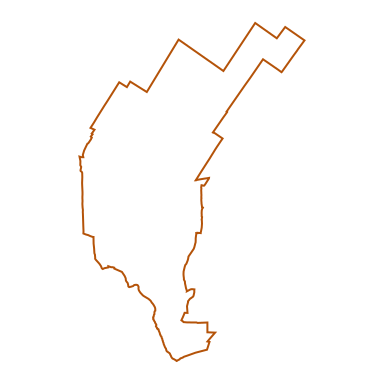 Vacareni, Tulcea, Romania
{"feature_id": "2599482B63018442913889", "entity_name": "Vacareni", "entity_type": "district", "adm_level": 2, "iso_a3": "ROU", "parent_name": "Romania", "parent_adm1": "Tulcea", "projection": "mercator", "projection_center": [28.218, 45.314], "detail": "fine", "context": "isolated", "style": "outline", "palette": "amber", "viewbox_px": 384, "rotation_deg": 0, "n_neighbors": 0, "source": "geoboundaries", "source_scale": "gbopen_adm2", "svg_char_len": 5879}
<svg xmlns="http://www.w3.org/2000/svg" viewBox="0 0 384 384"><path d="M178.6,39.6L146.8,92.0L130.2,81.6L126.9,87.1L119.2,82.3L113.1,92.0L107.3,101.2L104.3,105.8L97.1,117.3L93.8,122.8L90.5,127.9L94.5,129.7L92.4,132.7L91.7,133.6L92.6,134.3L90.8,136.6L91.8,137.7L91.2,138.6L91.0,139.2L90.9,139.5L90.1,140.5L89.9,140.9L89.3,141.8L88.7,142.6L88.4,143.1L88.2,143.3L87.9,143.5L87.4,143.7L85.6,147.4L84.1,150.6L82.8,155.0L83.3,157.2L83.1,157.2L81.6,157.2L79.5,156.6L80.4,161.0L80.3,165.2L81.2,166.9L80.9,168.5L80.5,170.3L80.7,171.1L81.7,171.8L82.2,172.9L82.3,177.2L82.1,183.0L82.2,185.8L82.5,192.1L82.5,194.6L82.4,196.7L82.4,198.4L82.5,200.2L82.5,201.8L82.4,203.0L82.4,204.4L82.6,207.7L82.9,209.9L82.8,212.1L82.9,213.6L83.1,219.5L83.3,226.1L83.5,231.1L83.4,233.5L85.9,234.5L88.2,235.1L90.3,236.1L92.9,237.0L93.5,237.0L93.6,243.6L94.1,248.3L94.4,253.2L95.0,254.9L95.0,255.5L95.2,257.7L95.1,258.2L95.2,258.7L95.3,259.1L96.2,260.2L98.2,262.4L99.5,263.9L100.9,266.0L101.1,266.4L101.4,267.2L101.7,268.0L101.9,268.4L102.8,269.0L104.4,268.2L108.3,267.4L108.3,266.2L111.1,267.2L112.7,267.2L114.3,267.7L114.3,268.6L119.8,271.0L121.9,271.9L124.6,275.9L125.1,277.0L125.6,278.1L125.7,278.4L125.8,279.7L125.9,280.4L126.1,280.9L126.3,281.3L126.7,281.8L127.0,282.2L127.3,282.5L127.7,283.1L127.8,283.4L127.9,283.9L128.2,285.1L128.3,286.2L128.4,286.5L128.6,286.7L128.8,286.9L129.2,287.1L129.4,287.1L129.8,287.0L131.4,286.6L132.0,286.4L132.7,286.2L133.0,286.1L133.3,285.9L133.8,285.4L134.2,285.1L134.5,285.0L135.7,284.8L136.2,284.8L136.9,284.9L137.3,285.0L137.5,285.1L137.9,285.5L138.2,286.0L138.5,286.6L138.6,287.1L138.5,288.0L138.5,288.5L138.5,288.9L138.7,289.7L138.9,290.4L139.1,290.7L139.7,291.7L140.1,292.3L140.8,293.2L141.5,293.9L142.4,294.9L142.8,295.3L143.0,295.5L144.0,296.2L144.5,296.5L147.7,298.4L148.7,299.0L149.0,299.3L149.5,299.8L149.9,300.1L150.2,300.3L150.6,300.8L151.0,301.3L151.6,302.4L151.9,302.8L152.3,303.2L152.8,303.8L153.7,305.1L154.8,307.1L155.2,308.3L155.3,309.8L155.3,310.7L154.8,311.1L154.5,311.8L154.4,313.1L154.4,313.7L154.4,314.2L154.0,314.7L153.9,315.0L153.6,316.8L153.5,317.0L153.2,317.1L153.1,317.6L153.1,317.8L153.4,318.3L153.4,318.5L153.2,318.8L153.2,319.1L153.3,319.5L153.8,320.0L154.0,320.3L154.2,321.0L154.4,321.3L154.6,321.5L154.8,321.7L154.9,322.0L155.0,322.4L155.1,322.7L155.2,323.0L155.4,323.2L155.6,323.5L155.7,323.8L156.1,324.3L156.2,324.5L156.3,324.7L156.3,324.9L156.3,325.0L156.3,325.3L156.0,325.9L155.9,326.1L155.9,326.3L156.6,327.3L156.8,327.6L157.1,327.9L157.2,328.1L157.1,328.5L157.4,328.9L157.6,329.1L158.3,329.1L158.5,329.3L158.6,329.6L158.6,330.1L158.8,330.6L158.9,331.1L159.2,331.6L159.9,333.4L159.9,333.9L160.1,334.4L160.2,334.5L160.4,334.8L160.5,335.2L160.5,335.5L161.1,336.3L161.4,336.5L161.5,336.7L161.6,337.4L161.8,338.0L161.9,338.3L162.2,338.7L162.3,339.1L162.4,339.9L162.5,340.2L162.7,340.5L162.8,340.7L162.9,341.4L162.9,341.7L163.4,342.6L163.5,343.1L163.6,343.6L163.7,344.1L163.9,344.5L164.6,346.2L164.9,347.0L165.1,347.4L165.4,347.9L165.7,348.3L165.9,348.5L166.0,349.0L166.1,349.3L166.2,349.6L166.3,350.0L166.3,350.3L166.4,350.6L166.6,350.9L166.8,351.3L167.0,351.5L167.3,351.6L167.6,351.7L167.8,352.0L168.2,352.3L168.8,352.7L169.3,353.0L169.6,353.3L169.8,353.5L170.1,354.2L170.4,354.9L170.6,355.3L170.8,355.5L170.9,355.8L171.1,356.4L171.2,356.6L171.3,356.9L171.7,357.5L172.3,358.3L172.6,358.6L172.9,358.7L173.1,358.8L173.3,358.8L173.5,358.9L173.9,359.2L174.4,359.4L174.8,359.7L176.0,360.3L176.4,360.9L176.7,361.0L176.9,360.9L177.1,360.6L177.4,360.5L178.1,360.1L179.4,359.5L179.6,359.2L180.1,358.8L180.3,358.5L180.6,358.3L181.0,358.2L181.5,358.1L182.1,357.8L182.8,357.6L183.0,357.4L183.3,357.1L183.5,357.0L183.8,356.9L184.1,356.7L185.0,356.4L187.1,355.7L195.5,352.7L207.0,349.7L209.5,341.9L207.5,341.5L209.4,339.2L214.5,333.3L215.1,332.6L207.4,332.3L207.4,322.5L202.7,322.7L200.1,322.8L197.6,322.9L196.5,322.5L187.1,322.4L183.6,322.1L183.5,321.9L182.7,321.3L182.7,321.2L181.4,320.3L182.8,317.3L183.9,314.7L184.6,312.8L187.5,312.9L187.0,306.2L188.1,302.0L188.0,301.3L188.8,300.3L189.8,299.0L190.6,298.3L191.0,298.2L192.1,297.3L192.6,297.1L193.5,295.9L194.3,292.3L194.3,290.7L194.3,290.3L194.4,289.4L192.7,289.2L191.3,289.2L190.3,289.5L186.9,291.3L187.0,290.7L186.7,290.4L186.4,289.3L186.0,288.2L185.5,285.6L185.2,284.3L185.0,283.3L184.9,281.5L183.9,279.6L183.9,278.3L183.6,275.9L183.5,274.2L183.6,271.5L184.7,266.9L185.3,265.0L186.1,264.1L186.4,263.7L187.7,260.4L188.1,258.9L188.5,256.5L190.3,253.9L193.7,248.9L194.3,247.3L194.9,245.0L195.2,243.7L195.6,242.4L195.7,240.3L195.7,238.3L196.1,235.1L196.2,234.8L196.3,233.8L196.2,233.1L196.8,233.1L197.5,233.1L197.5,232.8L200.7,233.1L200.7,232.6L201.0,231.4L201.4,229.3L201.7,227.8L201.9,225.0L202.0,223.1L201.9,222.2L201.9,220.8L201.8,220.3L201.6,219.8L201.9,219.1L201.9,218.6L201.8,218.3L202.1,217.0L202.0,216.8L201.7,216.5L201.7,215.5L201.7,214.0L201.6,213.1L201.7,212.0L201.7,210.8L201.8,210.4L202.0,209.4L202.2,208.7L202.4,208.3L202.9,207.8L203.0,207.6L202.9,207.5L202.1,207.5L202.0,207.3L202.0,206.8L201.5,203.3L201.5,202.6L201.4,201.5L201.3,199.8L201.3,198.7L201.5,198.1L201.4,197.8L201.3,197.3L201.4,195.7L201.4,194.6L201.3,193.3L201.3,192.2L201.2,190.5L201.3,189.1L201.4,188.8L201.3,188.0L201.2,187.8L201.2,187.3L201.3,186.6L201.5,185.2L201.8,185.2L202.7,185.5L203.4,185.7L203.9,185.7L204.2,185.6L204.7,184.9L205.0,184.6L207.6,180.5L208.9,178.5L209.0,177.9L207.4,178.2L204.5,178.6L199.2,179.5L196.0,180.1L195.9,180.3L195.7,180.3L196.7,178.8L201.8,170.7L206.5,163.4L209.8,158.3L211.2,156.0L214.0,151.5L214.9,150.0L216.9,146.9L221.2,140.5L222.0,139.4L222.6,138.5L215.4,133.6L213.6,132.4L213.3,132.7L212.9,132.5L219.1,123.5L223.1,117.7L227.2,112.0L227.2,111.9L226.6,111.6L244.6,85.7L250.4,77.6L263.0,59.3L278.1,69.7L281.5,72.2L282.0,71.7L293.8,55.1L297.2,50.5L297.8,49.5L304.5,40.4L285.2,27.0L276.8,38.3L255.2,23.0L223.4,71.0L178.6,39.6Z" fill="none" stroke="#b45309" stroke-width="2"/></svg>